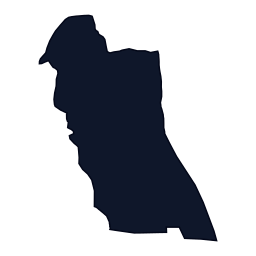 the district of As-Safira, Aleppo, Syria
{"feature_id": "27442178B22464389911891", "entity_name": "As-Safira", "entity_type": "district", "adm_level": 2, "iso_a3": "SYR", "parent_name": "Syria", "parent_adm1": "Aleppo", "projection": "orthographic", "projection_center": [37.544, 35.815], "detail": "fine", "context": "isolated", "style": "filled", "palette": "ink", "viewbox_px": 256, "rotation_deg": 0, "n_neighbors": 0, "source": "geoboundaries", "source_scale": "gbopen_adm2", "svg_char_len": 2127}
<svg xmlns="http://www.w3.org/2000/svg" viewBox="0 0 256 256"><path d="M94.4,206.5L94.9,206.7L95.3,206.8L96.0,207.1L96.5,207.3L97.1,207.8L97.7,208.2L98.2,208.7L98.7,209.2L99.3,209.6L99.9,210.1L100.3,210.4L100.6,210.7L101.2,211.2L101.8,211.7L102.3,212.1L103.4,213.0L104.0,213.5L104.5,214.0L105.1,214.5L105.7,215.0L106.2,215.5L106.7,215.8L107.0,216.6L107.3,217.3L107.7,218.1L108.0,218.8L108.3,219.5L108.6,220.3L109.0,221.1L109.3,221.7L109.4,222.0L109.4,222.5L109.5,223.7L109.7,224.5L109.9,225.9L109.8,226.2L109.9,226.7L110.1,227.3L110.2,228.0L110.3,228.8L110.0,229.4L115.8,230.3L120.7,231.0L128.5,232.1L134.3,232.9L141.9,232.8L159.8,232.4L166.5,232.3L166.3,227.1L179.3,227.1L184.6,238.3L189.1,238.5L201.0,239.0L216.6,240.6L213.9,231.0L203.1,202.3L195.0,185.0L176.5,156.5L169.2,142.7L164.7,133.7L164.6,131.7L164.0,129.0L163.7,127.7L163.7,123.5L163.6,118.4L163.3,116.8L163.1,114.5L162.1,110.7L161.9,109.9L161.7,109.1L160.9,107.0L160.7,104.6L160.5,103.5L160.4,102.4L160.8,100.7L161.6,96.6L161.6,91.2L161.2,87.0L161.3,81.7L160.8,76.9L160.7,76.1L159.9,72.0L159.7,70.8L159.5,69.5L159.4,68.8L159.0,65.1L159.0,64.4L159.0,64.2L159.0,61.8L158.9,59.3L158.7,56.9L158.6,55.1L158.6,54.5L158.4,53.8L158.1,52.5L157.7,51.2L151.9,52.3L150.7,52.6L146.3,51.2L145.3,50.9L137.4,50.9L132.3,49.6L129.1,48.8L122.1,50.2L119.7,51.2L113.8,52.0L109.9,53.0L107.2,51.6L106.2,46.9L104.8,39.5L103.0,36.9L98.8,34.4L97.7,31.5L96.0,30.6L95.0,28.8L94.8,24.8L92.3,16.8L92.0,16.2L88.8,15.4L83.7,15.6L80.3,15.9L76.2,16.2L71.6,16.8L68.7,17.4L65.3,19.6L62.8,22.5L60.3,25.3L55.5,31.1L52.9,35.4L49.8,41.0L47.1,47.9L45.8,52.8L43.7,55.2L43.2,55.7L40.5,58.8L39.5,61.4L39.4,63.7L41.7,63.5L44.7,62.1L48.5,60.6L51.4,64.9L53.2,67.3L55.2,68.2L57.6,70.3L58.0,73.5L56.4,79.2L56.3,84.2L56.2,86.2L54.7,93.0L54.0,99.4L54.5,104.3L55.2,106.3L60.6,110.0L67.1,113.1L66.9,113.7L66.6,114.4L66.7,118.9L67.5,121.3L68.4,121.9L67.7,127.6L69.9,128.8L71.3,129.4L73.5,131.3L73.7,133.7L71.1,134.9L69.4,135.7L70.0,138.8L74.2,143.3L76.7,145.3L78.3,146.9L78.7,151.2L79.2,157.6L79.0,163.6L82.8,169.5L87.7,173.9L91.8,179.9L94.5,190.8L94.4,206.5Z" fill="#0f172a" stroke="#020617" stroke-width="1.5"/></svg>